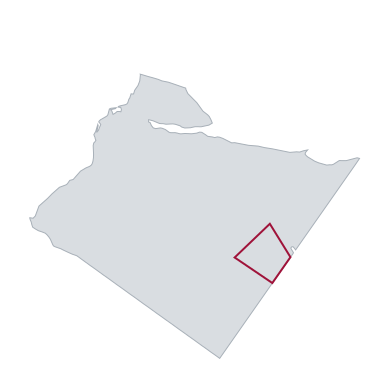 Paris Paris, Al Wadi at Jadid, Egypt shown in context, rotated 305°
{"feature_id": "37247803B13722182372819", "entity_name": "Paris Paris", "entity_type": "district", "adm_level": 2, "iso_a3": "EGY", "parent_name": "Egypt", "parent_adm1": "Al Wadi at Jadid", "projection": "natural_earth1", "projection_center": [30.442, 22.93], "detail": "fine", "context": "in_parent", "style": "outline", "palette": "rose", "viewbox_px": 384, "rotation_deg": 305, "n_neighbors": 0, "source": "geoboundaries", "source_scale": "gbopen_adm2", "svg_char_len": 3178}
<svg xmlns="http://www.w3.org/2000/svg" viewBox="0 0 384 384"><g transform="rotate(305 192 192)"><path d="M315.6,310.0L308.8,310.1L302.1,310.1L295.4,310.1L288.6,310.1L281.9,310.1L275.2,310.1L268.5,310.1L261.7,310.1L255.0,310.1L248.3,310.1L241.5,310.1L234.8,310.1L228.1,310.1L221.3,310.1L214.6,310.1L207.9,310.1L204.0,310.1L204.7,307.9L205.1,306.4L204.6,305.3L203.3,305.0L202.5,305.4L200.5,309.9L199.4,310.1L197.0,310.1L189.2,310.1L181.3,310.1L173.5,310.1L165.7,310.1L157.8,310.1L150.0,310.1L142.2,310.1L134.3,310.1L126.5,310.1L118.6,310.1L110.8,310.1L103.0,310.1L95.1,310.1L87.3,310.1L79.5,310.1L71.6,310.1L71.7,304.6L71.7,299.1L71.8,293.6L71.8,288.1L71.9,282.6L72.0,277.2L72.0,271.7L72.1,266.2L72.1,260.7L72.2,255.2L72.3,249.7L72.3,244.2L72.4,238.7L72.4,233.2L72.5,227.8L72.6,222.3L72.6,216.8L72.7,211.3L72.8,205.8L72.8,200.3L72.9,194.8L73.0,189.3L73.0,183.8L73.1,178.3L73.2,172.8L73.2,167.3L73.3,161.9L73.4,156.4L73.4,150.9L73.5,145.4L73.6,139.9L73.7,134.4L73.5,133.4L72.4,129.6L71.5,124.9L70.5,119.1L70.3,117.2L68.6,111.2L68.4,109.5L68.9,108.3L72.0,103.2L73.0,100.7L73.8,97.8L74.1,95.4L73.2,91.7L72.2,88.4L71.9,85.1L71.8,81.7L73.4,79.5L75.3,77.4L76.0,76.1L77.1,74.6L77.9,73.9L79.4,76.9L82.5,77.4L92.7,74.7L104.0,77.4L110.2,78.4L119.8,80.7L125.6,84.7L127.2,85.2L131.4,85.2L134.1,87.5L145.1,88.7L150.9,91.3L154.2,93.4L156.2,94.1L158.0,94.0L160.4,93.2L163.4,91.7L166.6,89.6L173.4,84.4L175.8,83.4L177.4,83.7L179.3,83.6L180.1,82.2L181.1,81.2L181.7,80.1L182.7,78.7L186.3,78.4L193.3,76.1L192.5,77.1L186.1,79.7L188.8,80.0L191.7,79.2L194.9,78.6L195.4,77.5L195.9,75.5L196.5,75.2L198.7,75.6L205.3,78.7L207.0,78.8L211.6,77.1L212.6,76.7L214.1,77.6L217.6,81.6L216.4,81.5L212.7,78.1L212.4,79.8L210.3,82.8L212.9,84.0L215.0,84.5L216.2,86.2L216.9,87.7L219.0,87.0L220.5,85.0L219.7,83.9L219.2,82.7L219.9,82.7L221.3,83.7L225.5,87.5L227.0,88.2L228.6,88.1L232.0,87.0L232.9,87.2L237.5,85.8L238.0,86.8L238.8,87.9L242.5,86.7L248.2,86.7L253.0,85.5L258.4,82.5L258.8,82.0L259.1,82.8L259.8,84.8L261.5,90.0L263.0,94.1L264.9,99.8L265.4,102.0L265.7,103.5L268.4,109.7L269.9,114.8L271.1,119.0L272.8,125.0L273.5,127.2L272.4,128.3L270.2,132.2L267.9,144.8L264.5,154.6L264.2,160.7L263.7,162.9L262.1,166.0L260.1,169.1L256.5,167.5L250.7,162.1L247.3,157.1L243.7,153.8L240.3,149.4L239.3,146.3L239.4,144.3L237.9,139.4L236.7,137.1L232.6,131.8L231.4,129.1L230.5,127.8L229.5,126.1L228.0,119.3L226.4,115.0L224.5,116.2L224.8,118.0L223.2,120.5L222.3,123.4L223.0,125.8L226.4,129.4L227.1,131.0L227.9,134.4L227.8,139.0L228.4,140.6L230.9,144.1L231.8,146.1L232.4,147.9L233.2,149.5L235.8,152.5L239.4,158.2L242.9,162.1L245.4,163.9L246.5,165.8L246.7,170.6L246.6,172.9L248.8,177.2L249.6,179.4L251.7,181.2L252.7,183.2L253.6,186.6L255.0,196.3L256.9,198.7L262.7,211.6L267.5,219.8L269.9,225.8L273.5,233.2L280.6,249.5L284.8,254.5L286.5,257.3L289.5,259.5L292.8,262.6L289.7,262.3L288.9,262.5L287.8,263.0L287.3,264.9L287.1,266.5L287.6,274.7L288.5,278.9L291.3,286.9L293.3,289.2L294.3,290.8L295.7,291.9L302.2,294.6L306.1,300.3L314.7,307.6L315.5,309.6L315.6,310.0Z" fill="#d9dde1" stroke="#a8b0b8" stroke-width="1"/><path d="M163.5,310.0L195.1,310.0L210.6,274.0L162.8,264.5L163.5,310.0Z" fill="none" stroke="#9f1239" stroke-width="2"/></g></svg>